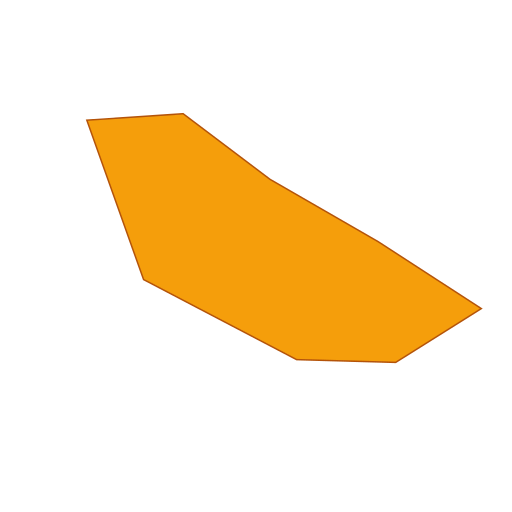 map outline of Naxçıvan (orthographic projection), rotated 34°
{"feature_id": "AZE-2422", "entity_name": "Naxçıvan", "entity_type": "Municipality", "adm_level": 1, "iso_a3": "AZE", "parent_name": "Azerbaijan", "parent_adm1": "", "projection": "orthographic", "projection_center": [45.44, 39.213], "detail": "fine", "context": "isolated", "style": "filled", "palette": "amber", "viewbox_px": 512, "rotation_deg": 34, "n_neighbors": 0, "source": "natural_earth", "source_scale": "10m", "svg_char_len": 277}
<svg xmlns="http://www.w3.org/2000/svg" viewBox="0 0 512 512"><g transform="rotate(34 256 256)"><path d="M472.2,173.6L431.3,266.1L347.6,319.2L176.0,338.4L39.8,238.0L116.0,178.8L224.8,184.6L349.3,175.8L472.2,173.6Z" fill="#f59e0b" stroke="#b45309" stroke-width="1.5"/></g></svg>